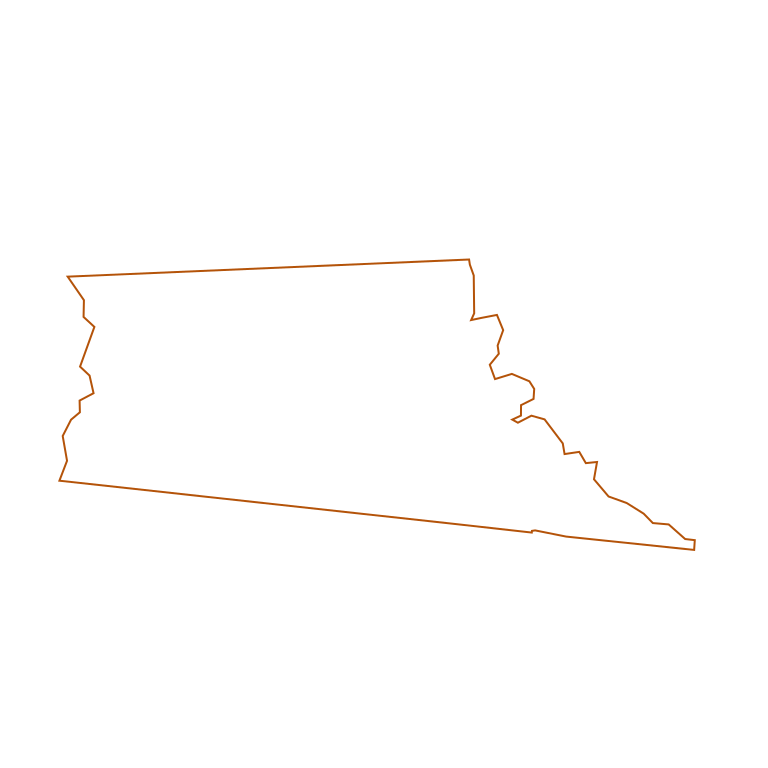 the district of Henderson, Texas, United States of America, rotated 186°
{"feature_id": "52423323B59303088288262", "entity_name": "Henderson", "entity_type": "district", "adm_level": 2, "iso_a3": "USA", "parent_name": "United States of America", "parent_adm1": "Texas", "projection": "mercator", "projection_center": [-96.032, 32.182], "detail": "fine", "context": "isolated", "style": "outline", "palette": "amber", "viewbox_px": 768, "rotation_deg": 186, "n_neighbors": 0, "source": "geoboundaries", "source_scale": "gbopen_adm2", "svg_char_len": 821}
<svg xmlns="http://www.w3.org/2000/svg" viewBox="0 0 768 768"><g transform="rotate(186 384 384)"><path d="M58.2,251.4L58.6,261.2L68.3,261.3L86.2,274.1L102.1,273.8L112.2,282.2L130.2,291.0L148.9,295.6L165.2,311.2L164.0,328.7L175.0,326.4L182.7,336.9L197.1,333.2L200.0,343.6L220.6,365.6L234.1,367.9L246.8,359.5L252.7,362.0L244.5,366.9L245.5,377.3L233.7,384.8L234.1,394.8L239.7,401.9L257.9,407.4L274.1,400.5L280.8,414.2L273.0,426.1L275.0,434.1L271.1,450.0L278.9,464.5L294.1,459.9L304.0,456.7L301.7,463.7L306.1,501.3L311.1,511.7L312.4,516.7L709.8,457.7L691.2,436.0L689.8,419.3L678.0,410.5L688.1,369.5L677.7,361.6L671.9,344.5L685.0,335.7L683.5,324.1L691.5,315.8L698.1,298.7L691.2,274.5L696.7,253.9L297.7,252.2L221.5,251.7L221.5,253.4L218.4,254.2L187.0,251.3L58.2,251.4Z" fill="none" stroke="#b45309" stroke-width="2"/></g></svg>